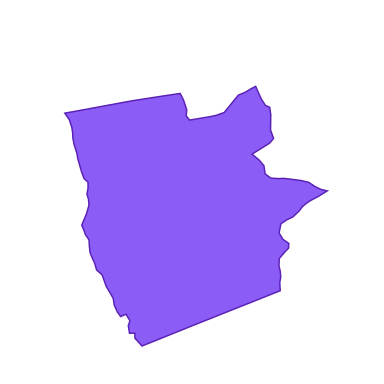 outline of Terra Alta, Pará, Brazil, rotated 63°
{"feature_id": "56859067B85639510417491", "entity_name": "Terra Alta", "entity_type": "district", "adm_level": 2, "iso_a3": "BRA", "parent_name": "Brazil", "parent_adm1": "Pará", "projection": "natural_earth1", "projection_center": [-47.851, -0.993], "detail": "fine", "context": "isolated", "style": "filled", "palette": "violet", "viewbox_px": 384, "rotation_deg": 63, "n_neighbors": 0, "source": "geoboundaries", "source_scale": "gbopen_adm2", "svg_char_len": 1317}
<svg xmlns="http://www.w3.org/2000/svg" viewBox="0 0 384 384"><g transform="rotate(63 192 192)"><path d="M257.4,312.6L264.9,313.0L270.6,312.1L270.9,306.3L278.6,305.8L282.3,309.5L289.5,311.8L291.8,307.0L296.3,309.2L306.5,306.5L311.3,252.2L320.0,158.2L312.3,154.8L308.3,151.7L303.1,149.5L297.3,148.0L290.9,144.5L287.4,136.0L285.8,131.4L281.8,129.1L275.4,132.5L268.0,133.0L260.7,127.2L259.8,120.0L260.0,113.3L257.4,104.8L255.2,100.3L254.0,95.3L253.4,90.1L253.3,81.6L252.4,71.0L248.1,76.1L242.7,80.1L236.5,83.5L231.3,89.6L224.5,99.5L221.4,104.3L219.2,109.1L215.4,115.5L209.1,118.6L201.3,116.0L194.2,117.6L185.5,121.3L183.7,100.6L181.3,95.0L172.5,93.9L158.8,86.7L151.8,84.3L148.2,87.3L140.6,88.0L132.8,87.7L126.8,87.3L126.8,92.3L127.3,99.6L126.7,106.7L135.8,127.2L134.6,136.0L133.3,141.0L126.8,161.5L121.5,162.6L116.4,159.4L106.1,157.8L98.8,157.8L92.5,176.7L83.4,204.4L67.0,259.7L64.0,269.5L72.2,268.5L80.1,269.8L85.2,271.5L89.7,273.6L96.6,275.6L105.4,277.0L110.3,278.6L116.9,279.9L123.6,281.2L131.0,282.1L136.1,280.2L141.4,282.9L146.2,286.6L151.4,287.5L157.0,289.8L163.4,295.8L171.5,305.3L177.2,305.7L181.5,306.3L188.0,305.5L193.3,307.9L199.5,310.3L204.8,310.8L211.5,311.1L218.2,312.4L225.1,309.7L231.3,310.5L237.3,311.3L244.2,310.8L251.1,310.5L257.4,312.6Z" fill="#8b5cf6" stroke="#5b21b6" stroke-width="1.5"/></g></svg>